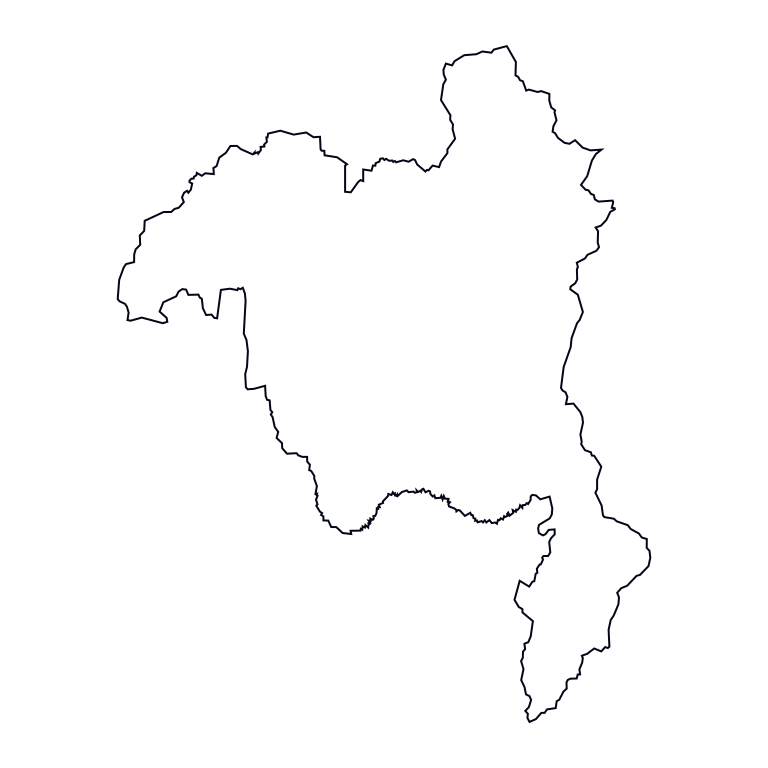 outline of Thung Song, Nakhon Si Thammarat, Thailand
{"feature_id": "78962969B2531694567463", "entity_name": "Thung Song", "entity_type": "district", "adm_level": 2, "iso_a3": "THA", "parent_name": "Thailand", "parent_adm1": "Nakhon Si Thammarat", "projection": "natural_earth1", "projection_center": [99.635, 8.081], "detail": "fine", "context": "isolated", "style": "outline", "palette": "ink", "viewbox_px": 768, "rotation_deg": 0, "n_neighbors": 0, "source": "geoboundaries", "source_scale": "gbopen_adm2", "svg_char_len": 6104}
<svg xmlns="http://www.w3.org/2000/svg" viewBox="0 0 768 768"><path d="M351.2,534.0L350.6,530.8L360.6,530.6L360.8,528.8L362.3,529.6L362.6,526.4L365.0,527.5L365.4,525.1L368.2,527.5L368.4,525.1L370.0,523.7L368.6,523.0L369.9,522.2L368.7,520.6L370.7,520.9L370.4,518.7L372.8,519.8L373.8,518.6L373.4,516.1L375.2,515.9L376.5,513.2L376.8,508.4L378.2,508.8L378.2,506.9L379.7,507.1L378.9,504.7L383.1,502.9L382.9,501.4L388.1,495.9L388.3,494.0L391.5,495.0L392.8,492.3L393.8,493.8L394.9,493.3L395.0,495.5L396.5,495.9L397.3,494.4L397.8,495.9L401.9,492.0L406.8,490.4L408.6,492.2L413.6,491.6L414.9,492.8L417.0,492.1L416.7,490.5L418.1,492.0L420.5,490.7L421.2,491.8L421.9,489.5L423.4,488.8L425.5,492.3L428.6,490.8L430.0,491.4L430.5,494.2L432.8,496.5L434.4,495.4L435.3,498.2L440.4,497.8L441.3,495.8L442.6,499.5L443.8,496.0L444.9,498.6L448.5,498.9L447.4,502.6L448.5,501.3L450.0,502.2L448.3,504.0L449.1,506.5L453.9,508.2L456.1,509.7L456.4,511.4L458.2,510.0L459.9,510.5L464.9,515.9L470.3,512.8L471.4,515.2L472.7,515.1L473.6,518.2L475.3,518.6L475.1,520.8L477.0,520.5L477.6,522.3L481.6,521.1L483.0,522.4L484.8,520.2L486.3,522.5L489.4,520.1L491.8,523.1L495.2,522.5L496.9,523.7L498.0,519.9L499.5,520.2L500.7,518.3L503.0,519.5L504.1,516.2L505.1,517.0L507.5,515.8L507.1,514.0L508.2,512.6L509.5,515.7L513.2,512.9L512.7,510.1L515.8,511.8L516.2,509.6L517.3,510.1L519.3,508.1L520.1,505.3L522.3,507.8L522.6,505.2L525.3,504.9L526.7,503.1L528.1,504.0L530.6,500.0L530.7,496.4L532.3,494.9L535.9,495.4L540.3,499.3L549.6,496.6L552.3,508.4L551.8,514.5L549.7,518.4L539.0,524.9L538.1,528.4L538.9,533.1L542.9,535.4L545.5,534.2L548.7,529.9L554.6,529.4L554.7,534.4L551.0,538.2L549.2,542.0L550.3,552.4L548.1,556.0L543.5,556.0L542.2,557.7L543.0,559.7L540.8,564.4L539.6,564.5L536.9,568.7L537.3,572.8L535.7,573.7L534.3,581.2L532.4,581.7L529.2,586.6L519.7,580.8L514.5,599.8L518.7,606.9L522.4,609.1L522.5,612.5L532.9,621.1L530.7,636.4L528.3,642.2L524.4,643.7L525.1,649.1L523.0,651.7L522.8,657.9L521.1,661.0L523.5,669.1L521.2,680.1L524.5,687.0L526.0,694.4L529.5,696.1L531.1,700.0L528.9,707.1L525.3,710.9L527.9,713.9L527.4,717.8L529.5,721.9L535.9,719.1L541.3,712.9L544.6,712.9L547.0,709.4L555.7,708.1L556.7,701.2L559.3,699.7L563.5,691.5L566.7,688.6L566.5,682.4L567.7,680.0L570.3,678.7L576.7,678.5L577.7,674.5L580.1,674.4L579.4,669.4L582.2,662.6L582.8,658.1L581.9,655.7L587.2,653.8L594.2,648.5L601.3,651.4L605.1,647.1L607.8,648.0L609.4,646.7L608.6,629.8L610.7,620.0L613.7,615.6L618.4,604.3L619.0,597.4L617.2,592.8L621.2,588.2L627.2,585.7L636.6,575.8L640.0,574.9L648.5,566.1L650.3,557.8L649.5,550.8L646.7,547.9L646.8,539.0L641.8,537.5L638.9,533.5L630.7,529.0L627.8,525.2L616.7,521.3L613.8,518.7L604.4,517.1L603.0,515.4L601.6,505.5L595.4,492.7L597.1,489.2L597.1,479.6L601.3,466.7L594.2,455.8L591.8,455.5L590.9,452.3L585.0,450.2L581.2,444.3L581.7,441.6L580.4,434.6L583.0,422.6L582.3,416.9L580.4,412.2L573.5,403.6L565.9,404.2L567.4,396.9L565.5,392.3L562.4,390.4L561.0,387.9L563.7,366.9L570.7,347.1L571.6,338.1L577.0,323.3L579.7,319.9L582.9,312.0L577.8,294.7L570.3,289.3L570.6,286.6L575.3,283.2L577.2,279.5L576.9,269.2L577.9,267.1L576.8,262.7L584.9,258.5L587.5,254.8L596.5,250.7L599.0,247.2L597.7,242.5L598.1,231.3L595.6,227.5L600.9,225.7L606.4,219.9L610.3,211.8L614.8,209.3L614.6,208.2L611.8,207.8L613.2,202.3L612.6,200.6L598.6,201.6L594.9,199.4L593.7,194.9L591.0,194.0L588.5,190.3L585.5,189.7L581.0,184.9L587.2,176.2L591.9,160.6L595.9,154.0L601.5,149.6L590.6,150.4L582.6,147.6L575.1,140.2L569.4,143.8L564.5,142.8L557.9,137.8L555.1,133.2L552.6,131.7L553.4,126.2L556.5,120.3L554.5,112.3L555.1,110.4L551.2,107.4L549.3,100.7L549.4,93.9L541.2,91.1L537.6,92.0L528.9,89.6L526.2,90.6L522.9,81.3L520.0,80.2L518.2,76.9L515.5,75.4L515.9,62.0L506.8,46.1L493.8,49.6L491.4,52.7L482.3,51.5L476.5,54.2L464.2,55.2L454.5,61.2L452.1,65.4L445.9,63.6L443.4,70.0L443.8,74.7L445.9,79.7L443.3,84.3L441.0,100.1L450.4,115.2L450.2,119.9L453.0,124.5L452.6,129.1L455.1,138.8L447.4,149.4L447.4,153.1L441.0,161.6L439.1,167.1L432.6,165.6L428.5,170.3L427.0,169.9L425.4,171.5L417.2,164.5L415.0,160.0L413.1,159.1L408.7,161.7L403.2,160.3L396.2,162.3L394.9,161.0L393.3,161.9L392.3,160.5L389.0,160.8L386.1,158.8L384.4,160.0L382.8,158.3L380.2,158.8L379.4,161.6L375.7,163.1L375.3,165.7L373.0,165.5L371.5,170.7L363.2,169.5L363.2,181.1L360.5,180.1L358.0,182.2L350.8,192.3L345.1,191.8L345.1,165.6L347.0,164.2L337.1,157.3L324.6,155.3L324.3,150.8L321.6,150.7L320.6,149.2L320.0,136.8L313.5,137.2L306.2,132.5L293.7,134.6L280.3,130.7L268.1,133.6L267.5,137.3L266.4,137.4L266.9,141.8L264.1,144.6L264.4,146.5L260.6,146.9L260.9,150.1L258.3,153.6L257.9,152.2L254.2,153.7L254.4,152.6L252.7,154.4L240.8,149.1L237.0,145.9L230.4,146.0L225.9,152.8L219.3,157.6L216.6,166.1L213.4,168.0L213.8,174.1L205.2,173.3L201.8,175.8L196.8,172.9L196.4,175.3L194.0,176.7L193.6,178.6L191.4,178.7L189.5,180.6L189.5,182.2L192.2,183.5L190.8,189.8L188.3,192.7L187.1,190.8L184.1,192.7L182.0,197.3L183.8,202.1L178.7,207.8L174.6,208.9L171.1,212.0L163.6,212.0L144.7,220.8L144.2,230.9L139.8,235.4L140.2,244.8L135.7,249.3L134.2,254.3L134.1,262.1L126.0,264.1L123.7,267.5L119.2,279.8L117.7,299.0L119.4,301.2L125.0,303.9L126.9,306.6L128.6,312.6L127.5,320.1L130.6,320.7L141.8,317.6L162.8,323.2L167.3,321.8L166.6,317.8L159.6,311.6L163.3,302.3L176.2,296.3L178.5,291.7L182.3,289.1L186.1,289.6L188.4,294.9L198.4,294.6L199.8,297.6L201.8,298.7L202.9,308.3L206.1,315.0L211.6,314.6L214.3,317.9L217.1,318.3L220.9,289.9L229.8,288.7L237.4,290.1L238.2,288.3L240.4,289.2L242.8,287.8L244.9,293.5L245.6,300.7L243.8,333.6L246.5,340.1L247.9,351.2L247.0,366.9L245.2,374.2L245.9,387.3L247.7,389.3L254.1,388.8L265.1,385.8L265.7,396.3L267.1,399.8L269.7,400.4L270.4,409.9L272.3,412.2L270.8,414.5L272.6,417.1L274.7,426.9L278.2,431.9L276.6,437.9L282.0,443.2L282.2,448.2L287.0,453.7L296.6,453.2L298.2,455.3L302.3,456.9L307.1,456.9L307.2,461.6L309.9,464.7L309.2,470.1L311.2,471.0L314.3,475.9L314.2,478.6L316.9,486.1L315.5,493.8L317.0,493.7L316.4,494.8L317.6,495.7L316.0,499.6L317.5,504.4L316.3,505.7L319.9,511.6L322.1,513.1L321.1,514.9L323.4,516.4L323.4,520.4L328.3,520.6L331.2,527.0L336.3,527.1L342.6,533.0L351.2,534.0Z" fill="none" stroke="#020617" stroke-width="2"/></svg>